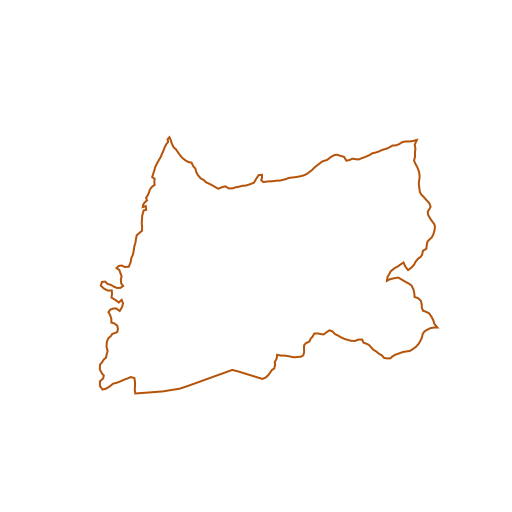 Santa Maria Madalena, Rio de Janeiro, Brazil, rotated 341°
{"feature_id": "56859067B84707497106597", "entity_name": "Santa Maria Madalena", "entity_type": "district", "adm_level": 2, "iso_a3": "BRA", "parent_name": "Brazil", "parent_adm1": "Rio de Janeiro", "projection": "orthographic", "projection_center": [-41.908, -21.952], "detail": "fine", "context": "isolated", "style": "outline", "palette": "amber", "viewbox_px": 512, "rotation_deg": 341, "n_neighbors": 0, "source": "geoboundaries", "source_scale": "gbopen_adm2", "svg_char_len": 4318}
<svg xmlns="http://www.w3.org/2000/svg" viewBox="0 0 512 512"><g transform="rotate(341 256 256)"><path d="M288.1,181.2L284.9,180.4L281.8,182.7L277.9,186.0L273.8,186.2L269.3,186.1L265.7,185.1L263.1,185.0L258.8,184.4L256.0,184.4L252.3,183.3L249.6,180.1L245.6,179.9L242.2,180.1L240.1,177.8L237.7,174.9L234.8,172.0L232.7,170.0L231.4,167.2L228.9,164.5L227.5,160.8L226.9,157.8L227.1,153.6L225.9,150.6L225.4,146.7L222.8,145.2L220.9,143.3L218.3,139.4L217.1,136.3L216.0,132.8L215.1,129.2L213.5,126.4L213.0,122.5L213.1,118.8L212.8,115.5L210.4,116.9L210.0,119.6L207.4,121.2L205.0,123.6L202.6,126.5L200.6,128.5L198.1,131.4L195.0,134.0L192.5,136.3L189.9,138.8L188.1,141.4L185.8,144.5L183.5,147.6L185.3,150.1L183.9,152.9L183.3,155.8L180.3,156.6L177.4,158.5L175.2,161.5L173.1,163.6L171.0,165.2L171.1,167.9L168.4,169.0L166.2,170.5L164.9,172.9L168.0,172.9L167.2,176.6L164.6,176.3L163.0,178.7L161.5,180.9L159.9,184.8L158.4,188.4L157.8,191.4L156.4,195.0L152.9,196.4L150.0,197.5L148.0,200.9L146.3,204.3L144.0,207.4L142.0,211.4L139.9,214.8L137.4,217.4L135.5,221.0L132.2,224.7L128.4,223.7L125.9,221.3L123.0,220.7L120.2,222.0L122.2,224.7L122.2,228.1L122.3,231.5L120.6,234.1L119.6,237.9L120.6,241.1L117.5,242.0L114.4,241.1L111.5,238.6L109.6,236.3L106.4,233.9L105.1,231.1L101.9,230.4L99.6,233.5L101.6,237.3L104.6,240.4L108.4,241.6L107.6,244.8L105.8,248.3L108.8,251.8L111.1,255.3L114.7,253.7L114.9,257.4L112.7,260.7L109.2,263.6L106.7,260.1L104.2,259.2L100.7,259.3L98.2,261.1L98.8,264.0L98.8,268.0L97.6,271.9L99.9,273.4L102.1,276.5L101.8,279.9L100.0,282.7L97.3,282.9L94.7,282.9L92.6,284.5L89.3,285.9L87.0,288.7L85.1,293.1L84.8,297.5L82.8,300.3L81.1,303.3L78.4,304.3L76.0,306.2L73.2,307.9L71.4,312.3L72.1,316.9L73.2,319.5L71.6,322.0L67.6,323.7L66.1,328.3L67.4,332.3L71.0,332.6L75.3,331.7L79.1,330.2L82.7,330.5L87.1,330.4L90.8,330.0L94.5,330.0L98.2,329.7L101.3,331.8L100.6,335.6L99.3,339.5L97.8,343.0L97.1,346.7L123.8,353.7L128.0,354.4L140.6,356.6L148.3,356.7L196.5,356.0L202.2,359.8L222.0,374.3L225.4,374.1L228.8,372.7L231.4,370.9L233.5,369.1L236.6,368.3L238.6,365.2L239.3,362.2L242.1,359.8L243.8,356.3L247.2,358.3L251.1,359.7L255.2,361.9L257.6,363.5L260.1,364.5L263.1,365.1L265.6,365.9L268.3,365.3L270.2,362.6L271.3,359.0L272.4,356.1L274.9,354.6L278.6,354.3L280.8,352.0L283.1,350.7L285.9,348.3L288.9,349.2L291.5,350.7L294.4,352.2L297.6,351.1L301.2,350.2L303.7,352.1L305.3,355.6L307.9,358.2L309.7,360.4L313.0,363.5L316.1,365.6L318.5,367.3L322.2,368.6L325.3,368.3L329.1,369.5L329.4,372.9L331.9,374.9L333.8,376.8L335.0,379.6L336.5,383.0L338.6,385.4L340.4,388.4L342.7,391.0L343.9,394.1L346.8,395.6L349.8,396.5L352.2,395.4L355.2,394.7L358.7,394.7L363.6,394.6L367.8,395.3L370.4,395.9L373.5,395.2L377.5,394.0L381.2,392.0L383.8,389.7L386.3,387.2L388.0,384.3L390.6,382.2L393.8,381.5L397.4,381.0L401.1,381.6L404.2,382.7L402.5,378.2L402.7,374.3L402.1,370.5L401.0,366.5L398.4,363.9L396.2,362.2L395.9,359.1L396.9,356.0L397.3,352.1L395.5,348.6L392.6,346.4L393.4,343.4L394.0,339.0L393.5,334.7L391.6,331.9L389.5,329.7L386.4,326.1L383.5,322.7L378.5,321.9L374.7,321.6L371.7,322.1L373.6,318.5L376.2,316.4L378.4,314.3L382.8,312.7L387.2,311.9L390.4,310.9L393.4,310.2L393.7,314.4L395.2,318.8L399.0,317.6L402.5,315.8L405.1,313.3L408.7,311.1L411.3,310.5L413.6,308.7L415.5,305.4L419.4,304.6L421.2,300.9L422.8,298.3L425.3,296.9L428.3,295.6L430.7,293.3L433.1,289.9L434.8,286.5L434.9,283.7L433.9,280.9L433.0,277.7L432.1,273.2L432.8,270.0L435.1,268.2L437.1,266.3L437.1,262.6L435.7,259.3L434.6,256.9L433.6,254.3L432.3,251.8L431.8,249.0L432.5,244.9L433.5,240.6L434.7,237.9L436.1,235.4L437.0,232.5L437.6,229.0L437.4,224.3L436.7,220.4L436.5,217.2L438.7,213.8L440.2,209.4L441.7,206.4L442.3,202.4L445.9,198.6L441.1,198.3L437.8,197.5L435.1,196.5L431.7,195.9L427.9,196.8L424.3,197.0L421.2,196.0L418.4,196.5L415.6,197.0L412.7,196.9L409.5,196.8L406.0,197.2L402.1,197.1L399.5,196.7L396.5,197.5L391.2,197.9L387.0,198.0L384.4,198.1L381.9,197.0L378.9,195.4L375.4,195.7L372.5,195.3L371.5,190.9L367.8,188.3L365.3,186.5L362.7,186.1L359.0,186.8L354.5,188.3L349.3,188.2L345.8,189.4L342.4,190.5L339.4,191.7L336.8,193.0L334.1,193.9L331.0,194.9L328.0,195.3L325.4,195.2L321.8,194.8L317.1,193.9L312.8,192.9L309.6,193.0L306.6,192.8L303.3,192.5L300.0,191.5L297.0,190.9L294.0,190.1L291.2,189.3L287.0,188.5L285.6,185.9L287.2,183.9L288.1,181.2Z" fill="none" stroke="#b45309" stroke-width="2"/></g></svg>